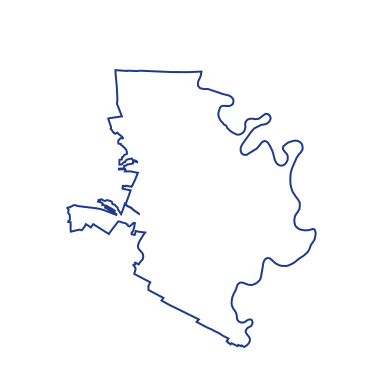 Trifesti, Iasi, Romania (Mercator projection), rotated 34°
{"feature_id": "2599482B92567311589859", "entity_name": "Trifesti", "entity_type": "district", "adm_level": 2, "iso_a3": "ROU", "parent_name": "Romania", "parent_adm1": "Iasi", "projection": "mercator", "projection_center": [27.494, 47.452], "detail": "fine", "context": "isolated", "style": "outline", "palette": "blue", "viewbox_px": 384, "rotation_deg": 34, "n_neighbors": 0, "source": "geoboundaries", "source_scale": "gbopen_adm2", "svg_char_len": 6085}
<svg xmlns="http://www.w3.org/2000/svg" viewBox="0 0 384 384"><g transform="rotate(34 192 192)"><path d="M322.0,291.3L323.3,288.0L323.5,287.1L323.6,285.0L323.2,283.0L322.0,281.3L321.0,280.5L316.0,278.8L315.0,278.2L314.4,277.5L314.1,276.6L313.9,274.6L314.1,273.6L315.8,270.3L316.0,269.4L315.6,267.2L315.1,266.2L313.6,265.0L312.9,264.7L311.9,264.9L311.0,265.4L309.8,266.9L308.3,270.6L307.4,271.6L305.4,272.9L303.3,273.2L301.3,272.7L300.2,271.8L297.6,268.8L295.9,267.4L290.9,265.3L289.0,264.1L287.4,262.7L285.2,258.9L284.2,256.5L283.5,253.0L283.0,248.4L281.7,244.1L281.7,242.3L282.5,240.3L284.2,239.0L290.8,237.3L293.3,235.8L294.2,235.0L295.8,232.6L296.5,231.2L296.9,230.0L297.4,227.3L297.3,225.7L296.8,224.2L292.9,215.3L291.5,212.6L290.7,210.6L290.3,208.7L290.3,206.9L290.9,205.1L292.6,203.9L293.5,203.6L295.8,203.6L299.6,204.3L301.4,204.4L305.1,204.0L307.6,203.1L311.6,200.6L313.1,198.9L315.6,194.7L316.5,192.6L318.1,187.2L320.2,182.3L321.1,179.0L321.5,176.5L321.3,173.8L320.2,169.5L320.3,164.3L320.1,162.7L318.7,159.1L317.3,156.6L315.5,155.1L314.5,154.6L313.5,154.7L312.9,155.1L310.7,157.7L309.2,159.1L307.0,160.7L303.7,162.2L302.1,162.7L299.8,162.8L297.5,162.5L296.4,162.1L294.1,160.1L292.4,157.9L290.9,154.6L290.7,151.9L290.8,149.7L290.5,145.8L289.1,143.2L287.6,141.0L286.5,140.1L283.3,138.6L281.4,138.1L275.8,135.8L273.2,134.1L269.2,130.4L265.8,125.6L264.2,122.9L263.0,120.6L261.6,116.1L259.6,105.1L259.6,101.7L260.0,98.5L259.9,95.2L258.8,93.2L257.2,91.5L256.2,90.8L254.9,90.4L253.5,90.2L251.5,90.5L250.0,91.0L248.3,92.1L245.2,95.6L244.0,97.4L243.2,99.4L242.3,102.7L242.4,103.8L242.8,104.8L243.5,105.6L245.5,106.5L248.8,107.3L250.4,108.1L251.2,108.6L252.8,110.9L253.3,112.0L253.6,113.5L253.7,116.0L253.5,116.9L253.0,118.2L252.4,119.2L251.6,120.0L250.6,120.6L249.4,121.0L247.8,121.1L245.8,120.8L243.4,119.5L242.0,118.5L237.4,114.3L234.8,112.5L230.8,110.2L227.5,108.7L226.6,108.5L224.5,108.8L223.7,109.1L222.9,110.1L222.4,111.1L222.1,112.1L221.8,117.3L221.3,120.1L218.4,126.3L216.6,130.5L215.8,131.2L213.9,132.2L212.6,132.3L211.4,132.1L210.0,131.3L208.9,130.1L207.8,128.4L207.3,126.6L207.0,124.3L207.4,109.0L208.0,104.6L209.7,101.4L212.0,97.5L214.9,94.8L216.1,92.9L216.6,90.7L216.6,89.5L216.4,88.3L216.2,87.3L215.6,86.5L214.1,85.4L211.8,85.0L210.2,85.4L209.5,85.9L209.0,86.6L206.8,92.9L206.2,94.1L205.1,95.2L203.4,96.4L201.3,97.3L199.4,98.6L198.4,99.7L197.7,100.7L197.4,101.7L197.3,102.7L197.3,104.2L197.6,105.1L200.2,108.8L200.8,110.3L201.2,111.9L201.2,113.5L200.8,115.1L200.1,116.6L199.5,117.5L198.4,118.5L196.9,119.4L192.0,120.0L189.4,119.9L185.3,119.2L184.1,118.3L182.7,117.9L180.8,118.2L178.9,117.5L175.7,116.8L172.6,115.1L170.9,113.5L169.8,111.9L168.7,108.7L168.1,106.3L168.2,105.3L168.6,104.3L169.0,103.7L170.1,102.8L173.8,100.6L175.5,99.1L176.3,97.6L176.6,96.1L176.2,94.8L175.7,93.7L174.4,92.1L171.6,91.2L168.7,91.3L163.2,93.4L147.6,97.7L144.7,99.8L140.7,101.4L137.6,100.6L136.1,98.6L135.1,96.0L134.7,92.8L134.1,90.3L132.5,86.9L121.9,94.7L107.5,104.3L80.9,120.6L78.9,122.4L70.8,127.4L70.6,127.9L60.4,133.8L62.4,136.6L70.9,146.9L77.6,155.9L79.6,159.0L80.3,160.7L91.6,168.5L82.9,176.4L81.5,178.0L88.3,183.2L88.9,184.0L89.2,185.2L90.6,185.3L92.9,186.4L93.4,186.3L94.0,186.7L94.3,186.6L94.7,186.9L95.9,186.6L96.5,185.0L96.9,184.5L97.6,184.9L102.9,185.2L104.6,185.9L104.1,186.8L103.4,186.9L102.6,187.5L102.1,190.2L102.9,192.0L104.1,193.0L106.3,192.0L107.3,192.8L108.7,192.5L109.9,193.0L111.4,193.0L112.4,193.5L113.4,193.6L115.2,194.8L116.5,196.3L116.7,197.1L115.2,199.0L115.1,199.5L115.2,200.8L115.1,201.7L114.6,202.4L115.2,203.2L115.6,204.3L113.9,205.8L114.9,207.6L116.5,209.9L118.2,208.6L118.5,208.0L118.7,205.6L119.8,204.7L119.9,204.3L119.5,203.2L119.7,201.9L121.6,199.7L123.4,197.9L123.8,198.0L124.4,198.5L125.9,198.3L128.0,197.4L129.7,197.7L129.8,198.0L127.2,198.7L126.0,199.5L127.1,201.3L124.3,204.2L122.7,205.6L122.8,206.7L121.1,208.2L122.6,210.4L118.4,213.5L118.8,214.2L124.0,210.4L124.6,210.8L124.9,211.3L124.9,212.4L129.6,209.2L136.4,206.4L137.9,213.3L139.0,220.7L138.6,220.8L138.7,221.6L133.7,223.7L133.7,224.5L131.3,225.4L131.2,225.6L131.4,226.1L131.8,226.1L132.0,226.3L132.0,226.9L132.6,228.1L140.2,225.0L143.9,239.3L146.6,239.7L148.7,239.2L150.9,239.0L153.5,239.6L160.0,239.6L160.1,239.8L153.0,239.7L150.9,239.2L146.0,239.9L142.9,239.3L144.6,245.2L145.6,250.0L140.3,247.8L138.9,246.5L136.6,246.3L135.6,245.8L134.6,245.9L132.9,246.5L131.0,244.9L129.1,245.2L126.6,246.0L125.7,246.7L125.1,247.9L124.3,248.4L121.0,248.7L120.5,249.0L120.1,249.7L120.5,250.5L119.0,250.9L119.5,252.5L122.1,251.5L124.1,251.4L124.4,251.5L124.8,252.9L126.7,252.0L129.0,251.2L136.2,250.7L138.5,250.7L138.8,251.4L129.9,251.9L128.2,252.3L128.7,253.6L130.1,253.3L137.6,253.1L141.5,252.6L141.8,252.7L142.0,253.3L129.1,256.3L126.0,257.2L122.2,258.8L105.4,267.4L102.1,268.4L101.0,269.5L100.1,271.5L97.5,274.8L97.8,275.1L99.1,275.2L99.3,275.7L100.2,276.6L100.5,277.8L100.9,278.3L101.6,278.8L103.0,279.1L103.4,279.4L106.0,282.8L106.2,283.9L105.9,284.7L105.8,285.2L106.2,286.1L108.2,284.9L110.4,288.0L111.5,289.9L113.7,292.6L119.9,286.0L121.9,285.4L122.2,284.2L122.3,280.9L122.3,280.0L122.0,278.0L128.0,277.9L128.1,273.9L146.6,273.3L146.5,271.3L147.3,257.7L148.9,256.8L150.6,256.5L154.0,255.2L156.8,255.1L157.5,255.8L159.5,255.5L160.4,252.5L160.5,251.0L161.7,249.7L162.2,249.7L162.6,251.3L163.6,253.0L165.0,257.4L164.8,258.9L164.9,259.8L165.1,259.9L165.2,260.4L165.7,260.8L168.5,259.6L167.2,255.8L169.3,255.1L175.8,251.8L175.7,254.9L175.9,261.4L176.7,265.4L177.3,266.9L177.9,267.6L179.0,268.6L180.2,269.2L184.1,270.1L185.6,270.7L187.5,272.4L188.7,275.0L188.2,279.9L188.3,281.9L184.6,282.2L184.4,282.4L184.7,282.6L185.3,283.7L185.0,284.1L184.1,285.0L184.1,285.3L184.4,285.6L185.5,285.6L188.1,287.0L188.6,288.2L189.9,292.2L207.9,290.2L208.5,294.7L209.1,295.2L210.7,297.6L227.5,295.8L227.4,299.0L236.0,298.3L269.0,293.8L268.4,297.1L277.6,296.2L281.9,295.6L285.3,294.9L288.2,294.7L293.6,293.9L297.9,293.9L304.2,293.1L304.1,296.2L305.9,296.3L305.9,296.7L309.2,296.7L309.3,295.3L316.0,294.3L315.9,292.9L318.7,292.4L318.7,291.6L319.0,291.4L322.0,291.3Z" fill="none" stroke="#1e3a8a" stroke-width="2"/></g></svg>